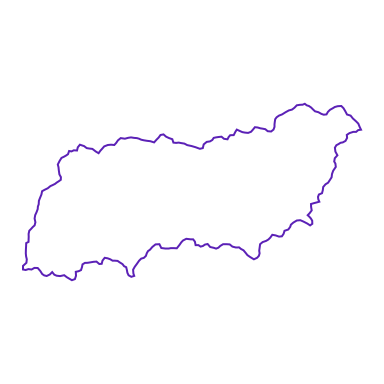 outline of Alvinópolis, Minas Gerais, Brazil
{"feature_id": "56859067B9010081641280", "entity_name": "Alvinópolis", "entity_type": "district", "adm_level": 2, "iso_a3": "BRA", "parent_name": "Brazil", "parent_adm1": "Minas Gerais", "projection": "albers", "projection_center": [-43.147, -20.111], "detail": "fine", "context": "isolated", "style": "outline", "palette": "violet", "viewbox_px": 384, "rotation_deg": 0, "n_neighbors": 0, "source": "geoboundaries", "source_scale": "gbopen_adm2", "svg_char_len": 3998}
<svg xmlns="http://www.w3.org/2000/svg" viewBox="0 0 384 384"><path d="M361.0,129.7L359.7,127.0L358.3,123.6L355.8,121.1L352.9,118.5L350.6,115.6L347.0,114.5L345.4,111.4L343.5,108.2L341.3,106.0L337.7,106.2L334.8,107.0L332.9,108.2L330.0,109.8L327.9,111.9L326.5,114.4L323.7,114.7L321.4,113.9L318.4,112.2L315.0,111.3L313.2,109.6L311.1,107.5L308.9,106.0L306.7,105.3L304.8,103.8L302.6,104.7L300.0,104.8L296.8,105.3L294.4,107.8L292.0,109.6L288.9,110.4L285.6,112.2L282.1,114.4L279.0,115.6L276.6,117.3L275.2,119.2L274.8,121.8L274.5,124.3L274.5,126.9L273.5,129.6L271.1,131.5L267.7,131.2L265.3,129.2L262.8,128.7L260.3,128.3L257.7,127.5L254.9,127.2L252.9,129.7L251.0,131.8L248.1,132.9L245.0,132.6L242.3,132.1L239.6,130.9L236.8,129.6L235.5,131.6L233.7,135.1L230.2,135.2L228.6,137.1L227.5,139.3L224.0,138.8L221.5,136.7L218.6,137.0L215.9,137.4L213.7,137.9L212.3,140.0L210.0,141.4L206.7,141.9L203.7,144.4L202.8,148.1L199.9,148.8L195.5,147.2L191.4,146.0L187.2,145.1L184.4,143.6L181.3,143.1L178.7,142.6L176.1,142.9L173.4,142.6L172.3,139.2L169.1,138.1L166.1,136.7L163.5,134.4L160.5,135.0L158.6,137.6L156.6,139.6L154.1,142.4L150.3,141.2L146.9,140.8L143.9,140.3L141.2,139.7L139.0,138.7L136.9,138.1L134.2,137.9L131.0,137.4L128.3,137.8L124.9,138.7L120.7,138.1L117.9,140.4L116.2,142.9L114.3,145.0L111.1,144.7L107.8,145.0L104.2,146.4L102.2,148.7L100.3,150.8L98.6,153.2L95.9,151.6L92.4,148.9L89.1,148.5L86.7,148.1L84.1,146.1L79.9,144.7L77.8,147.3L77.0,150.5L73.8,150.3L71.5,151.4L69.1,151.0L68.0,154.2L65.8,155.7L63.8,156.8L61.5,157.9L59.5,161.1L57.8,164.5L58.5,167.2L58.8,170.2L59.4,174.4L60.9,177.1L60.8,179.8L58.7,181.3L56.8,182.5L55.0,183.9L52.6,185.1L50.4,186.1L47.7,188.3L44.8,189.7L42.1,191.2L41.4,194.6L40.1,197.7L38.9,200.8L38.7,204.3L37.9,206.5L37.7,209.1L36.5,212.3L35.2,215.1L34.6,218.5L35.4,222.3L34.6,225.4L32.8,227.0L31.0,229.0L29.3,230.7L28.6,233.9L28.7,236.8L28.6,239.2L28.5,241.9L26.2,243.1L26.1,246.0L25.9,249.5L25.8,253.4L26.1,256.4L26.8,259.3L26.4,262.8L23.0,265.9L23.0,269.5L25.7,270.0L28.4,269.1L31.6,269.5L34.4,267.9L37.7,268.0L40.3,271.0L42.2,274.0L44.2,275.4L46.7,276.0L49.8,274.5L52.2,272.1L54.3,274.7L56.6,275.7L60.1,276.1L64.2,275.2L66.8,277.2L69.5,278.8L71.9,280.2L74.9,279.1L76.0,275.8L75.8,271.8L78.6,271.2L81.0,270.1L82.0,267.1L82.5,264.4L84.9,262.9L87.7,262.8L90.7,262.3L93.6,261.8L96.5,261.6L99.3,264.0L101.7,263.8L102.5,260.6L104.7,257.8L107.6,258.3L110.3,259.3L112.6,260.7L115.1,260.7L117.6,260.9L119.6,262.3L122.5,264.1L124.1,266.2L126.2,267.2L126.9,270.1L127.4,272.8L128.6,275.3L131.3,276.8L134.2,275.9L133.4,273.5L133.1,269.7L134.8,266.7L136.8,264.0L139.1,260.7L141.2,258.6L143.8,257.9L145.9,255.9L146.8,253.2L148.0,251.1L150.0,249.7L152.3,247.0L155.5,244.4L159.4,244.2L161.3,248.0L165.1,248.5L168.8,248.5L171.0,248.1L173.2,248.1L176.8,248.3L179.5,244.9L181.3,242.3L183.0,240.5L186.3,238.8L190.4,239.3L193.1,239.3L194.9,241.6L195.6,245.1L198.4,245.1L200.6,246.6L202.9,246.0L204.9,244.6L207.6,244.0L210.2,247.0L213.7,247.8L216.1,248.6L218.4,247.7L220.3,245.9L223.1,244.2L226.7,244.2L229.7,244.4L232.4,246.6L235.9,247.5L239.1,247.4L240.9,248.9L243.5,250.3L245.5,252.7L247.4,255.1L249.8,256.8L251.9,258.1L253.9,259.3L257.1,257.8L258.9,255.8L259.6,253.3L259.2,250.8L259.6,247.9L260.1,244.2L262.6,242.1L266.1,240.9L268.4,239.5L270.3,237.6L272.3,234.8L275.6,235.4L279.0,236.6L281.9,236.3L283.6,233.8L284.5,230.8L288.3,229.5L290.2,226.9L290.9,224.7L293.3,222.6L296.8,220.5L300.3,220.2L303.3,221.5L307.4,223.6L310.1,225.4L312.3,223.8L312.2,220.7L310.9,218.5L309.4,216.8L307.7,215.2L309.7,213.1L311.7,210.4L311.1,206.9L311.0,204.0L314.1,203.1L316.8,202.4L319.3,201.7L318.3,199.3L318.0,196.9L318.9,194.5L322.0,193.2L322.8,190.2L323.2,187.0L325.5,184.3L328.1,182.7L330.0,179.8L331.6,177.3L332.0,174.0L333.2,170.7L335.8,166.9L335.4,163.6L334.2,161.5L334.8,158.2L337.4,155.3L335.4,151.6L334.9,147.7L336.4,145.2L338.5,144.1L340.5,142.8L342.8,142.4L345.5,140.9L347.1,137.9L346.8,134.9L349.5,133.1L353.2,131.9L356.1,131.9L358.2,130.1L361.0,129.7Z" fill="none" stroke="#5b21b6" stroke-width="2"/></svg>